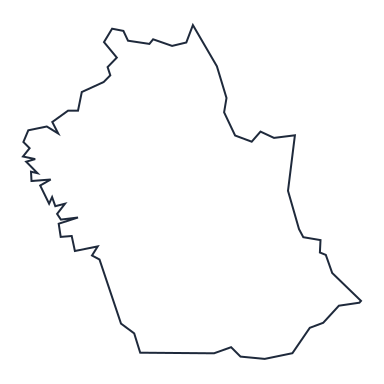 the district of Centar Zhupa, Centar župa, North Macedonia
{"feature_id": "65306769B61721229469178", "entity_name": "Centar Zhupa", "entity_type": "district", "adm_level": 2, "iso_a3": "MKD", "parent_name": "North Macedonia", "parent_adm1": "Centar župa", "projection": "equal_earth", "projection_center": [20.582, 41.471], "detail": "fine", "context": "isolated", "style": "outline", "palette": "slate", "viewbox_px": 384, "rotation_deg": 0, "n_neighbors": 0, "source": "geoboundaries", "source_scale": "gbopen_adm2", "svg_char_len": 955}
<svg xmlns="http://www.w3.org/2000/svg" viewBox="0 0 384 384"><path d="M107.6,67.1L110.3,75.3L103.7,82.0L81.8,92.0L78.0,110.7L68.0,110.7L52.3,122.0L58.2,133.5L46.8,126.5L28.3,130.3L23.4,142.0L29.6,148.2L23.0,156.5L35.2,159.1L26.2,161.7L37.5,173.2L31.0,171.7L31.5,181.0L50.7,179.5L40.2,185.5L49.1,203.7L52.1,197.1L55.3,206.2L65.0,203.7L57.1,213.9L60.9,219.6L78.0,217.5L58.7,223.7L60.7,236.9L71.7,236.0L74.9,251.0L97.7,246.4L92.0,255.5L99.5,259.5L121.0,323.6L134.2,333.4L140.2,352.7L214.0,353.3L231.1,347.2L240.5,356.6L264.7,358.9L292.4,353.2L309.8,327.8L323.2,322.8L338.9,305.7L359.4,302.7L361.0,300.9L332.2,273.0L325.8,254.9L319.9,252.5L320.5,240.1L303.3,237.2L299.0,229.1L288.0,190.8L294.9,135.3L274.0,137.9L260.5,131.6L251.7,141.7L235.1,135.5L224.1,112.3L226.5,98.0L216.9,66.3L192.9,25.1L186.3,42.5L172.1,45.9L153.1,39.3L149.4,43.9L128.0,40.7L123.4,30.9L112.1,28.7L104.0,42.1L116.8,57.6L107.6,67.1Z" fill="none" stroke="#1e293b" stroke-width="2"/></svg>